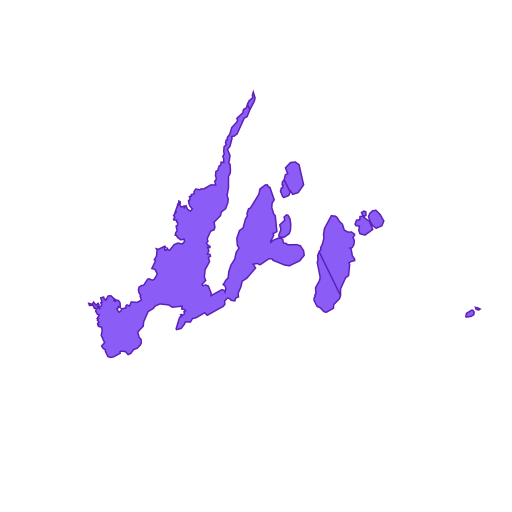 Cakaudrove, Northern, Fiji, rotated 334°
{"feature_id": "14151628B95966095088914", "entity_name": "Cakaudrove", "entity_type": "district", "adm_level": 2, "iso_a3": "FJI", "parent_name": "Fiji", "parent_adm1": "Northern", "projection": "robinson", "projection_center": [179.503, -16.697], "detail": "fine", "context": "isolated", "style": "filled", "palette": "violet", "viewbox_px": 512, "rotation_deg": 334, "n_neighbors": 0, "source": "geoboundaries", "source_scale": "gbopen_adm2", "svg_char_len": 6134}
<svg xmlns="http://www.w3.org/2000/svg" viewBox="0 0 512 512"><g transform="rotate(334 256 256)"><path d="M97.8,288.6L100.7,288.7L104.9,286.5L108.8,286.8L112.7,285.5L114.6,284.1L116.2,280.5L115.3,278.1L116.4,272.5L123.9,269.6L126.2,265.9L134.6,258.7L140.8,258.1L143.6,256.7L148.7,257.0L156.2,261.8L158.2,265.3L167.6,268.7L166.0,271.0L168.6,273.2L168.5,274.5L166.7,274.6L166.7,276.0L165.7,276.8L161.6,277.2L160.0,278.1L152.3,286.4L152.3,287.3L157.0,288.3L162.0,285.8L163.4,284.2L168.1,286.6L171.5,284.4L175.0,285.2L185.0,284.5L186.1,287.9L204.5,286.9L206.8,285.8L208.1,282.6L212.0,281.3L213.6,282.8L214.2,284.9L217.3,287.1L219.5,284.8L222.3,285.1L223.6,281.7L229.2,276.8L232.5,272.6L237.9,272.0L250.4,266.6L249.8,262.1L254.1,263.4L255.4,265.4L256.7,265.6L266.2,264.1L269.2,265.6L269.4,267.3L277.7,276.6L281.7,279.4L293.1,279.5L299.6,276.5L301.1,272.2L300.4,266.3L297.5,263.6L289.2,259.7L288.8,258.2L286.3,256.2L287.3,252.7L286.4,251.2L283.7,249.7L278.4,249.4L275.4,250.4L275.4,249.3L280.9,245.4L281.1,243.4L285.5,243.2L291.0,228.2L290.3,226.2L291.4,219.4L293.7,215.5L297.0,213.5L298.6,200.3L297.4,199.3L297.5,197.2L295.7,196.2L288.9,197.5L285.7,201.7L272.1,210.4L270.0,210.3L266.3,214.1L265.9,216.1L262.7,218.2L256.7,225.1L252.3,225.9L246.5,231.7L243.9,238.2L244.2,241.5L239.8,244.0L235.4,249.6L229.4,253.3L224.8,258.0L221.2,263.6L218.7,264.3L213.9,267.4L215.1,268.9L214.7,271.8L212.4,274.8L212.5,273.2L210.7,271.3L198.2,271.9L199.4,269.9L200.0,262.1L198.1,260.0L195.5,259.5L195.0,258.6L195.1,257.8L200.1,255.9L200.3,252.3L204.2,246.1L211.8,240.6L212.6,236.5L215.1,236.2L215.3,234.2L213.1,233.0L216.0,230.6L216.2,227.0L218.2,228.2L218.9,227.4L217.3,224.5L217.2,222.4L219.3,221.7L219.6,219.2L226.1,213.8L229.7,214.1L231.6,212.3L233.2,207.2L241.8,204.2L244.1,201.2L249.4,200.2L254.2,195.6L256.1,192.3L256.4,189.1L261.3,182.4L266.2,172.4L269.1,170.3L270.6,167.8L272.9,162.2L272.1,160.8L276.7,154.4L277.1,147.6L280.6,146.1L286.1,139.7L286.4,137.8L288.8,138.7L292.6,137.9L305.9,126.9L309.0,126.9L314.7,121.8L314.7,116.0L312.4,118.5L308.9,118.9L307.0,121.5L299.1,123.9L299.0,125.8L297.5,127.2L290.6,129.9L285.7,135.1L282.4,136.7L281.1,139.0L280.1,138.7L278.2,140.8L278.3,142.7L275.2,143.8L272.5,148.4L272.3,150.3L269.8,151.9L269.8,153.8L268.0,157.9L265.8,156.3L264.2,158.8L262.2,159.0L259.2,162.3L257.1,162.4L254.8,166.0L254.5,168.5L253.1,170.3L251.7,170.6L250.9,174.5L246.6,172.3L238.0,172.8L236.2,171.6L234.6,171.8L231.2,169.4L228.4,171.1L227.5,173.1L224.8,172.4L224.0,173.9L222.2,173.4L221.7,175.8L220.5,176.9L219.7,176.5L218.7,179.4L218.5,182.2L219.4,185.8L216.6,187.0L214.9,183.7L215.2,180.1L213.4,180.2L212.4,182.0L213.1,179.5L210.2,179.3L210.1,176.0L211.2,175.4L211.6,173.8L210.7,172.8L210.0,174.2L208.2,175.1L208.4,176.4L207.4,176.4L202.5,181.2L203.3,181.3L202.7,182.0L199.7,183.4L200.0,185.5L197.9,186.9L198.1,187.8L200.4,189.0L199.6,190.5L200.2,191.9L198.8,194.1L197.3,194.1L196.1,198.9L194.2,199.7L192.5,201.9L193.4,202.6L193.8,205.4L195.5,208.5L198.8,209.4L198.1,211.6L195.0,212.9L191.4,210.1L187.4,209.9L181.0,212.9L179.8,212.2L179.6,210.3L177.4,211.4L176.6,210.5L177.5,208.5L178.6,208.7L178.4,207.2L171.1,207.2L169.6,205.8L169.6,207.5L166.4,212.6L162.9,214.8L163.5,216.3L156.9,221.6L159.3,223.7L159.4,229.0L154.4,232.3L152.2,232.3L150.0,229.7L148.5,229.3L142.3,233.0L139.9,232.3L137.1,232.8L135.5,234.9L134.7,237.9L135.2,240.6L134.3,241.1L133.7,245.4L128.7,245.5L123.7,242.6L120.5,245.5L118.6,243.4L117.4,243.6L116.4,245.6L112.2,244.6L110.5,246.2L108.3,246.6L107.7,242.5L108.9,242.5L110.0,241.1L111.4,243.1L113.3,238.4L112.9,235.7L110.7,234.0L110.0,235.2L108.9,234.4L109.9,233.0L109.2,233.0L109.7,232.1L108.1,228.0L105.4,227.1L101.8,229.9L101.6,228.8L100.6,228.7L101.1,226.1L98.1,225.5L97.3,230.3L96.0,230.0L96.0,232.1L94.5,233.3L92.6,232.6L92.7,234.6L92.1,234.8L91.2,232.1L93.5,231.0L93.3,229.2L90.7,230.0L89.8,226.2L87.7,227.6L84.9,225.2L84.6,227.4L88.2,229.1L87.8,230.7L88.5,231.8L87.9,232.2L89.7,233.4L87.7,235.1L87.9,238.9L89.3,240.2L85.9,242.5L86.7,243.4L85.3,244.0L85.9,246.8L84.1,247.1L83.6,248.4L84.4,249.0L83.5,250.0L86.0,252.5L84.9,255.8L82.1,259.5L81.9,267.6L77.8,269.1L78.1,272.2L79.5,274.2L78.8,275.8L78.8,281.4L80.6,283.3L83.7,284.2L91.3,283.9L91.7,282.4L92.8,282.3L96.8,284.7L97.8,288.6ZM349.1,288.5L351.1,285.3L351.4,281.9L353.9,280.3L354.0,279.3L352.3,276.3L349.1,274.8L346.7,271.3L347.6,265.3L346.1,261.2L345.8,257.0L344.8,255.0L341.4,252.8L329.6,261.3L326.1,266.3L325.0,269.5L321.0,274.3L317.6,277.0L317.0,278.8L314.6,279.9L314.6,328.7L317.7,322.5L326.9,314.9L330.6,314.2L336.4,304.8L336.4,303.0L339.2,302.6L342.6,303.4L343.3,302.1L342.7,298.1L344.6,291.1L344.0,290.2L346.2,290.6L349.1,288.5ZM314.6,279.9L311.6,282.6L309.9,286.9L308.3,288.4L304.3,303.4L302.2,306.0L295.6,310.6L293.3,316.2L291.8,316.8L291.5,318.4L290.3,318.7L288.7,321.1L288.8,328.2L291.0,330.6L292.6,335.7L294.4,337.4L302.7,336.9L304.6,333.7L312.3,331.0L314.6,328.7L314.6,279.9ZM334.7,192.9L332.5,188.7L327.9,187.1L321.1,189.7L320.6,195.9L318.0,195.9L314.7,199.8L314.7,213.5L315.5,212.8L316.0,216.7L321.7,217.5L330.0,212.9L334.7,192.9ZM373.1,274.7L369.1,266.9L366.8,266.1L365.1,268.9L362.2,267.8L359.0,270.8L359.2,272.6L362.1,274.5L359.6,277.9L359.2,281.5L363.1,285.0L372.6,283.3L373.1,274.7ZM382.4,284.0L386.2,280.6L385.8,273.3L383.8,267.4L380.5,266.5L377.1,267.5L374.3,269.9L373.7,275.2L374.3,280.1L376.1,283.7L382.4,284.0ZM302.7,233.6L301.5,232.4L298.3,233.3L297.6,236.4L291.0,238.4L290.1,243.0L285.6,247.3L285.2,249.0L289.3,251.5L295.6,250.5L298.3,247.9L301.1,242.8L302.8,237.8L302.7,233.6ZM314.7,199.8L312.1,201.1L310.7,203.6L311.4,204.1L309.9,206.3L308.6,206.0L306.4,208.4L306.0,214.1L306.7,215.6L312.0,216.0L314.7,213.5L314.7,199.8ZM314.7,116.0L314.7,121.8L322.3,116.2L324.5,113.5L325.4,107.5L323.1,110.1L322.5,112.3L317.9,113.4L314.7,116.0ZM425.9,404.3L427.5,402.0L427.1,399.8L426.2,399.2L420.1,399.8L418.1,402.3L418.2,403.1L422.6,404.5L425.9,404.3ZM372.6,267.7L374.1,264.5L372.8,262.9L369.8,263.2L369.8,266.5L371.3,267.8L372.6,267.7ZM434.2,401.9L432.5,399.8L430.7,398.4L430.5,400.4L432.5,402.2L434.2,401.9ZM164.1,276.1L162.6,275.8L162.8,276.9L163.2,275.9L164.1,276.1Z" fill="#8b5cf6" stroke="#5b21b6" stroke-width="1.5"/></g></svg>